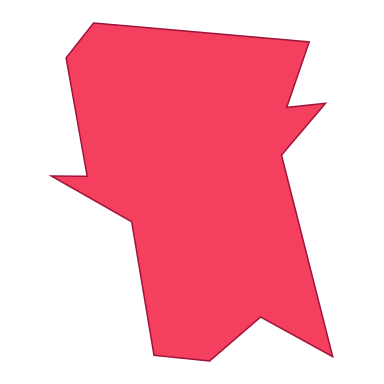 Chair, Butel, North Macedonia
{"feature_id": "65306769B39088451231406", "entity_name": "Chair", "entity_type": "district", "adm_level": 2, "iso_a3": "MKD", "parent_name": "North Macedonia", "parent_adm1": "Butel", "projection": "robinson", "projection_center": [21.439, 42.011], "detail": "fine", "context": "isolated", "style": "filled", "palette": "rose", "viewbox_px": 384, "rotation_deg": 0, "n_neighbors": 0, "source": "geoboundaries", "source_scale": "gbopen_adm2", "svg_char_len": 291}
<svg xmlns="http://www.w3.org/2000/svg" viewBox="0 0 384 384"><path d="M93.6,23.0L66.1,57.9L87.2,176.3L51.3,176.0L131.7,221.8L154.0,355.3L209.6,361.0L260.6,317.0L332.7,356.7L281.5,155.1L325.5,103.3L286.7,107.4L309.2,41.9L93.6,23.0Z" fill="#f43f5e" stroke="#9f1239" stroke-width="1.5"/></svg>